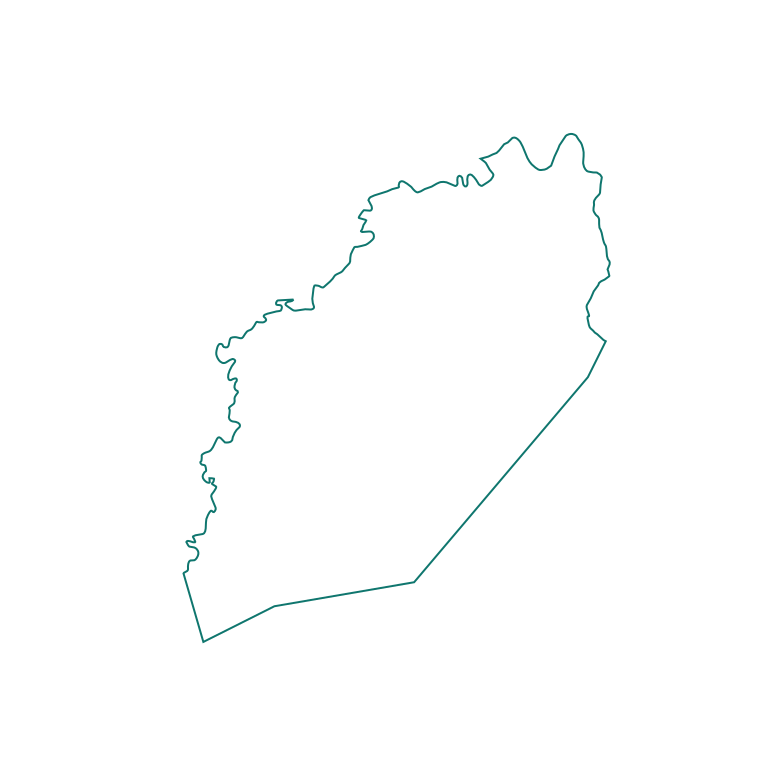 outline of San Matias, El Paraíso, Honduras, rotated 130°
{"feature_id": "27666195B8791216164524", "entity_name": "San Matias", "entity_type": "district", "adm_level": 2, "iso_a3": "HND", "parent_name": "Honduras", "parent_adm1": "El Paraíso", "projection": "albers", "projection_center": [-86.656, 13.953], "detail": "fine", "context": "isolated", "style": "outline", "palette": "teal", "viewbox_px": 768, "rotation_deg": 130, "n_neighbors": 0, "source": "geoboundaries", "source_scale": "gbopen_adm2", "svg_char_len": 6138}
<svg xmlns="http://www.w3.org/2000/svg" viewBox="0 0 768 768"><g transform="rotate(130 384 384)"><path d="M149.3,454.8L149.1,449.9L149.2,448.0L151.9,440.8L152.8,435.9L153.4,434.7L154.4,434.1L155.7,433.7L158.9,433.4L162.2,434.1L169.0,436.2L169.5,436.6L169.9,437.5L170.1,439.6L168.4,444.7L167.7,448.0L167.5,451.1L168.0,452.5L168.7,453.1L169.5,453.5L171.1,453.4L173.7,451.8L176.0,449.5L177.3,448.5L178.6,448.0L179.8,448.1L180.2,448.5L180.6,449.2L180.4,450.9L179.8,452.0L175.8,456.7L175.5,458.7L176.1,460.1L177.0,460.5L178.5,460.4L180.6,459.0L183.3,456.4L184.8,456.0L186.1,456.3L186.6,456.9L189.3,465.7L190.9,468.3L192.8,470.3L194.0,471.1L196.7,472.4L202.2,474.4L208.5,478.1L212.8,479.7L215.5,481.3L216.1,482.4L216.3,484.1L216.1,486.6L215.5,489.8L215.7,495.0L216.3,498.8L216.7,499.9L217.5,501.0L218.7,501.6L220.0,501.6L222.3,500.5L223.4,499.2L224.3,499.3L229.5,503.0L234.4,505.4L245.7,512.6L249.6,514.5L251.4,514.6L253.2,514.1L255.7,507.9L257.1,506.2L258.3,505.6L259.3,505.6L260.2,506.1L263.5,510.7L264.0,511.2L266.7,511.2L270.1,510.9L272.0,510.6L272.8,510.2L272.9,509.8L270.2,503.8L270.1,502.8L271.8,502.3L275.4,501.9L279.2,500.3L280.6,500.0L281.5,500.0L281.8,499.8L281.8,499.0L281.4,498.2L277.1,493.8L275.9,492.3L275.5,491.4L275.5,489.6L276.1,488.0L277.5,486.5L279.2,485.6L281.1,485.6L284.1,486.0L287.1,486.7L289.2,487.5L292.6,489.9L296.0,492.5L297.6,494.3L298.4,494.6L301.4,494.0L305.9,492.8L308.9,491.0L311.9,488.7L313.7,488.1L320.1,488.5L324.4,488.4L326.1,488.8L330.5,490.8L332.1,491.3L333.5,491.3L336.3,491.0L340.2,491.2L348.2,492.4L349.0,492.6L349.7,493.3L350.2,494.5L350.6,496.5L351.1,497.7L352.5,499.9L353.3,500.5L354.3,500.2L356.1,499.4L364.8,493.7L367.8,490.5L369.8,487.3L370.6,486.7L371.6,486.6L372.5,486.9L373.8,487.7L377.4,492.4L384.5,498.7L385.6,500.2L386.0,501.5L386.6,508.3L386.6,510.0L386.3,510.7L385.3,511.1L383.9,510.9L382.6,510.3L380.8,508.7L379.4,507.8L378.3,507.6L378.0,508.2L388.2,519.0L389.2,519.3L390.3,519.1L391.3,518.8L392.1,518.0L392.3,517.5L392.1,516.7L390.4,514.3L390.1,513.4L390.2,512.5L390.6,511.8L391.3,511.2L393.2,510.4L394.1,510.3L395.3,511.0L397.5,513.0L405.1,518.5L407.7,519.9L408.8,520.0L409.5,519.6L409.8,518.9L409.8,517.4L410.3,515.9L411.0,515.3L412.0,515.2L413.7,515.7L414.7,516.4L417.2,519.6L417.9,521.1L418.4,521.5L419.3,521.5L423.1,520.8L426.3,520.6L428.2,521.0L430.6,522.3L432.0,522.7L434.8,522.6L438.7,522.1L440.0,522.3L440.6,522.7L441.4,523.7L443.0,527.0L443.9,528.3L445.6,530.0L447.1,530.9L448.0,530.9L449.3,530.5L454.4,527.8L455.6,527.6L456.5,527.7L457.7,528.7L458.6,530.5L458.5,531.6L457.7,533.1L457.8,534.0L458.1,534.7L459.2,535.8L461.1,535.8L462.9,535.3L466.0,533.8L467.9,532.6L469.2,531.4L470.3,529.8L471.2,527.9L471.9,525.7L472.1,523.8L471.7,521.4L471.1,520.4L470.2,519.5L469.1,518.9L464.5,517.4L462.3,516.2L461.8,515.5L461.5,514.5L461.5,513.7L461.8,513.0L462.8,512.4L468.3,512.0L472.9,510.9L476.8,509.4L479.2,507.6L480.2,506.0L480.3,505.2L480.0,504.4L479.3,503.7L477.3,502.9L475.6,501.8L474.9,501.0L474.9,500.2L475.3,499.5L476.0,499.0L476.8,498.7L478.5,498.7L479.6,498.2L481.5,497.3L482.8,496.3L483.7,494.7L483.9,493.2L483.5,491.7L484.2,490.6L484.9,490.4L487.4,490.3L489.8,489.9L491.2,489.2L493.2,487.3L495.1,486.4L496.0,486.4L500.4,487.4L501.9,487.4L502.3,487.0L502.8,485.9L503.5,485.1L505.9,483.4L509.3,481.4L510.3,479.8L510.6,478.1L510.1,476.1L508.3,473.2L507.5,470.8L507.6,468.9L508.0,468.1L508.7,467.4L509.8,467.0L514.0,467.4L517.4,467.0L521.8,465.7L524.6,464.2L526.2,464.2L527.5,464.7L528.7,465.6L530.0,466.9L531.0,468.3L530.4,474.3L530.7,475.8L531.4,476.5L532.3,476.7L533.7,476.6L542.4,474.4L545.5,474.1L547.0,474.3L548.4,474.8L551.4,476.7L553.2,477.5L554.7,477.9L555.5,477.9L556.1,477.6L557.4,476.4L559.8,474.7L560.6,474.4L561.8,474.5L562.4,474.0L562.8,472.9L562.8,471.6L561.7,469.7L561.5,468.5L562.5,466.9L564.4,464.8L565.2,464.4L567.1,464.8L569.9,464.3L571.4,463.5L572.5,462.1L573.1,460.2L573.3,458.0L573.1,456.3L572.5,455.0L571.8,454.3L571.3,454.3L568.4,457.2L566.9,455.3L565.8,453.4L566.0,453.1L568.1,452.0L569.1,451.8L570.5,451.9L571.0,451.6L571.1,451.1L570.5,446.8L570.6,446.5L571.3,446.0L572.2,445.7L575.6,445.2L579.4,445.0L581.0,444.3L582.7,441.8L587.0,433.5L588.0,432.5L589.7,431.9L591.5,432.0L591.9,432.6L591.9,434.3L592.2,435.0L592.6,435.2L594.6,435.2L597.6,434.6L601.6,433.3L604.6,431.3L609.3,427.7L611.8,426.3L614.0,425.9L615.4,426.4L621.1,431.2L623.4,432.3L623.8,432.2L624.1,431.8L624.7,430.0L626.0,427.4L626.3,427.1L626.8,427.1L627.9,428.4L629.1,431.4L630.2,433.3L631.1,433.9L632.1,433.8L633.4,430.6L633.7,429.1L633.6,428.5L631.2,424.3L630.9,423.1L630.8,421.8L631.1,420.4L631.5,419.2L632.2,418.1L633.6,416.9L635.4,416.1L637.7,415.6L639.7,415.6L640.9,416.0L643.7,418.9L645.1,419.2L646.3,418.9L647.7,418.3L649.9,416.8L651.8,415.1L652.9,414.6L653.8,414.6L657.2,415.9L658.0,415.8L697.7,356.6L624.7,325.1L516.5,233.5L247.7,232.2L208.7,241.6L209.2,244.1L208.8,252.6L209.1,255.5L208.7,258.2L208.6,261.5L208.2,263.1L207.0,265.1L202.8,270.4L201.5,271.3L201.0,271.2L200.3,270.6L199.6,271.0L198.0,273.5L196.1,276.8L194.6,278.5L193.2,279.3L185.4,280.7L178.2,282.9L170.8,283.4L168.2,284.2L165.7,283.7L162.2,282.1L156.9,280.8L156.3,280.9L153.6,284.5L152.5,286.4L147.5,288.0L145.9,289.1L145.1,290.2L144.5,292.7L142.7,295.4L137.6,300.5L136.1,302.2L135.5,303.2L134.9,305.1L134.2,306.5L132.4,309.2L128.3,314.4L126.7,317.1L125.8,319.4L123.1,322.1L119.9,324.8L119.0,325.9L118.3,327.7L118.3,330.0L118.0,331.4L117.1,334.0L116.4,335.1L114.5,336.6L111.8,338.2L109.8,340.1L108.2,340.9L105.2,341.3L100.3,341.0L98.7,341.4L91.9,346.3L85.8,349.9L85.4,350.5L84.7,353.0L85.2,356.9L87.5,359.8L90.0,364.1L90.4,365.6L90.1,367.8L89.1,370.3L87.1,373.1L85.8,374.2L81.2,377.5L78.2,380.0L75.9,382.7L73.5,386.3L72.6,388.3L71.6,392.4L70.3,396.3L70.5,398.1L71.4,400.4L72.4,401.7L73.7,402.8L76.0,404.0L77.3,404.2L88.3,403.0L92.2,401.7L100.1,399.6L109.3,396.3L114.5,397.7L116.5,398.8L119.1,401.2L119.9,402.2L120.5,403.6L120.9,407.1L120.8,412.1L120.1,415.5L118.7,419.4L113.0,430.3L111.1,434.9L110.7,436.7L110.5,439.2L110.7,440.9L111.2,442.2L112.1,443.2L113.0,443.8L119.4,444.4L123.1,446.1L131.2,445.9L134.7,446.3L138.3,448.3L142.8,450.3L149.3,454.8Z" fill="none" stroke="#0f766e" stroke-width="2"/></g></svg>